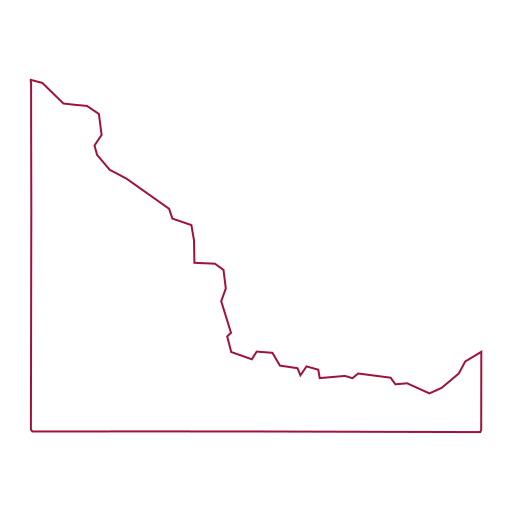 outline of McClain, Oklahoma, United States of America
{"feature_id": "52423323B26439939384184", "entity_name": "McClain", "entity_type": "district", "adm_level": 2, "iso_a3": "USA", "parent_name": "United States of America", "parent_adm1": "Oklahoma", "projection": "robinson", "projection_center": [-97.344, 35.096], "detail": "fine", "context": "isolated", "style": "outline", "palette": "rose", "viewbox_px": 512, "rotation_deg": 0, "n_neighbors": 0, "source": "geoboundaries", "source_scale": "gbopen_adm2", "svg_char_len": 768}
<svg xmlns="http://www.w3.org/2000/svg" viewBox="0 0 512 512"><path d="M481.3,351.8L465.2,361.5L458.8,373.5L441.6,387.9L429.4,393.4L407.1,383.3L395.4,384.3L390.6,377.7L358.2,373.5L352.4,378.2L345.0,375.9L319.7,378.1L318.3,369.7L306.5,366.4L300.4,375.3L297.5,368.2L279.9,365.6L272.4,352.8L256.7,351.6L251.8,359.3L231.2,352.0L227.2,336.4L231.0,332.8L221.2,301.2L225.8,288.5L223.5,269.9L214.9,263.7L194.4,262.8L194.0,240.4L191.4,225.1L172.4,218.6L169.1,208.8L126.4,178.6L109.7,169.8L97.1,154.9L94.5,145.5L101.6,134.9L98.9,114.0L86.9,105.9L74.8,104.8L63.4,103.5L42.3,82.9L30.8,79.9L30.7,81.1L31.1,83.3L31.1,113.8L31.3,209.0L31.0,378.4L30.9,429.6L32.4,431.5L150.5,431.4L264.8,431.5L480.2,432.1L481.2,429.8L481.3,351.8Z" fill="none" stroke="#9f1239" stroke-width="2"/></svg>